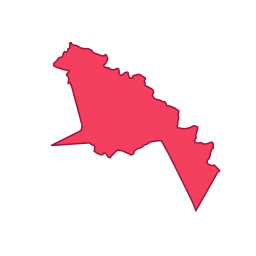 Vassouras, Rio de Janeiro, Brazil (Natural Earth projection), rotated 76°
{"feature_id": "56859067B89156781575467", "entity_name": "Vassouras", "entity_type": "district", "adm_level": 2, "iso_a3": "BRA", "parent_name": "Brazil", "parent_adm1": "Rio de Janeiro", "projection": "natural_earth1", "projection_center": [-43.591, -22.37], "detail": "fine", "context": "isolated", "style": "filled", "palette": "rose", "viewbox_px": 256, "rotation_deg": 76, "n_neighbors": 0, "source": "geoboundaries", "source_scale": "gbopen_adm2", "svg_char_len": 2997}
<svg xmlns="http://www.w3.org/2000/svg" viewBox="0 0 256 256"><g transform="rotate(76 128 128)"><path d="M39.9,172.8L41.6,173.5L43.2,174.8L43.0,176.5L43.4,178.6L44.8,180.0L45.8,181.2L46.4,182.9L47.6,184.5L49.5,185.1L51.1,183.6L52.5,181.6L53.9,179.1L55.4,177.2L56.2,175.2L57.4,172.8L58.4,171.3L59.8,172.5L60.5,174.1L61.8,175.0L63.0,174.1L64.4,173.5L66.4,173.5L68.4,174.6L70.2,175.2L70.0,173.5L74.2,172.6L80.0,172.5L85.1,172.4L99.9,172.1L114.7,171.9L119.1,174.1L120.3,179.6L120.7,181.0L123.5,193.8L125.3,201.7L126.4,206.8L131.3,179.0L133.1,168.8L134.5,168.0L136.2,166.4L136.8,164.8L138.5,164.8L140.2,165.3L142.1,166.5L143.4,165.5L144.9,164.1L146.0,162.7L147.3,160.9L147.8,159.0L146.5,158.1L146.7,156.3L148.6,155.2L150.0,154.8L151.8,154.0L152.5,152.2L150.9,150.9L150.0,148.8L148.9,147.3L147.9,145.8L147.0,143.1L148.0,141.1L148.4,139.6L149.6,137.8L151.2,136.1L152.2,134.6L153.3,133.1L154.7,131.9L154.9,129.7L153.6,128.4L152.4,127.7L151.3,126.4L150.6,124.5L150.4,121.9L150.0,119.5L149.0,117.5L148.4,116.0L148.4,114.0L147.9,112.3L147.3,110.8L147.0,109.1L147.2,105.7L148.2,98.8L162.5,94.9L169.7,93.3L187.2,89.4L193.1,88.1L196.9,87.3L206.0,85.3L216.7,83.1L224.5,82.1L211.7,69.8L192.9,52.0L191.7,49.4L190.2,50.1L188.3,51.3L186.6,52.2L184.8,53.4L184.8,55.1L184.4,56.5L183.3,57.8L182.4,59.0L181.2,59.7L179.4,59.3L178.2,58.4L177.5,57.1L176.2,56.0L174.6,55.0L172.5,54.2L170.6,53.0L169.1,51.9L168.1,50.1L166.6,49.7L164.8,49.3L163.1,49.2L161.8,50.6L162.1,52.5L162.4,54.2L162.2,56.9L161.3,59.6L160.1,60.1L159.6,61.5L159.7,63.0L159.3,64.8L158.3,66.3L156.3,66.4L154.2,64.4L152.9,64.1L151.5,64.0L150.0,63.1L148.2,62.1L146.4,61.1L144.9,60.4L143.7,60.1L143.0,61.4L141.7,63.3L142.0,65.6L142.6,67.5L142.7,69.2L142.6,71.3L142.3,73.5L141.6,75.6L140.5,78.0L139.6,79.9L138.3,80.2L137.0,78.9L135.2,78.6L133.4,78.0L132.3,77.2L131.0,76.6L129.8,76.3L128.2,76.1L126.6,76.1L124.7,74.7L123.2,74.7L121.9,76.3L120.0,77.7L119.2,79.0L118.4,80.2L116.9,81.7L116.4,83.4L115.9,84.8L114.7,85.0L113.3,85.2L111.5,85.9L111.0,87.5L109.7,89.2L108.2,91.0L107.5,92.9L106.2,94.7L105.2,95.6L103.8,96.0L102.1,96.4L100.9,95.6L99.7,94.5L98.3,94.4L96.6,94.9L95.2,96.1L93.6,97.9L92.4,99.2L91.1,100.9L89.9,101.0L88.4,100.4L87.0,100.9L85.8,100.5L84.6,99.2L83.3,99.4L81.8,100.9L80.6,102.1L79.2,103.3L78.3,105.6L78.6,107.9L78.3,109.5L78.9,110.9L80.6,111.5L80.3,113.7L78.6,114.5L76.4,114.8L74.5,114.5L73.4,115.7L73.6,117.7L74.8,120.2L75.3,121.5L74.5,122.8L73.1,123.4L71.0,122.9L68.4,122.8L67.4,124.7L68.1,126.2L68.0,128.0L67.3,129.5L66.6,131.0L65.1,131.9L64.3,134.2L63.3,135.9L61.7,136.6L60.8,135.8L59.9,133.9L57.6,132.0L55.9,130.9L54.2,131.1L52.4,131.2L51.3,132.2L52.2,133.9L51.6,135.9L50.2,138.0L48.9,139.9L47.9,141.6L46.9,142.8L45.9,144.0L43.8,144.3L43.0,145.6L42.0,146.6L41.0,148.2L41.1,149.8L40.5,151.1L39.6,152.8L38.7,154.9L37.1,156.4L36.1,157.4L35.2,158.8L34.4,160.7L33.5,162.1L31.6,162.3L31.5,164.1L32.9,164.2L34.5,164.6L36.3,165.3L36.7,167.1L38.6,167.9L39.6,169.5L38.5,171.1L39.9,172.8Z" fill="#f43f5e" stroke="#9f1239" stroke-width="1.5"/></g></svg>